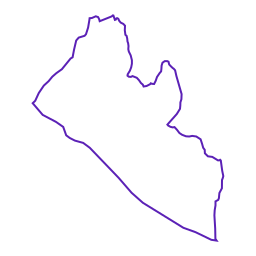 an SVG outline of Liberia
{"feature_id": "LBR", "entity_name": "Liberia", "entity_type": "country or territory", "adm_level": 0, "iso_a3": "LBR", "parent_name": "Africa", "parent_adm1": "", "projection": "natural_earth1", "projection_center": [-9.107, 6.445], "detail": "fine", "context": "isolated", "style": "outline", "palette": "violet", "viewbox_px": 256, "rotation_deg": 0, "n_neighbors": 0, "source": "natural_earth", "source_scale": "50m", "svg_char_len": 1683}
<svg xmlns="http://www.w3.org/2000/svg" viewBox="0 0 256 256"><path d="M32.7,103.2L35.2,100.8L38.8,93.0L43.8,85.6L48.6,81.2L52.3,76.7L56.3,73.2L61.9,69.2L70.6,58.5L72.6,57.3L74.0,49.9L76.2,40.5L78.7,37.6L84.6,35.8L86.0,34.2L88.1,27.6L89.4,19.9L89.6,18.2L91.9,18.0L95.8,16.3L98.1,17.1L99.2,19.3L99.7,21.2L111.7,16.4L112.8,15.4L113.4,15.5L114.9,19.9L115.8,19.6L116.5,18.3L117.3,18.2L118.3,18.8L119.2,20.8L120.7,22.6L123.3,23.9L125.0,25.7L124.8,30.3L125.4,34.8L126.6,35.9L127.2,38.5L127.5,41.5L128.1,43.1L128.5,46.0L128.3,49.2L128.8,51.5L130.7,55.4L131.9,60.2L131.9,63.7L131.2,67.3L129.9,70.7L127.7,74.3L127.5,75.7L128.8,76.7L130.9,76.9L132.5,76.1L136.8,77.8L139.0,80.2L141.0,83.1L142.8,84.6L143.6,86.5L146.6,86.0L150.1,84.2L150.8,83.3L151.9,83.8L154.1,84.0L155.7,80.8L157.0,77.0L159.7,73.0L161.1,71.4L161.4,68.9L161.6,65.6L162.5,62.7L164.8,61.1L167.2,61.1L168.5,61.7L169.2,64.5L171.2,66.6L172.8,68.1L173.7,68.7L175.1,70.3L176.4,76.0L181.6,94.1L181.4,99.2L180.4,102.4L180.3,105.6L180.0,108.8L176.8,114.0L167.4,124.6L168.1,125.5L170.4,126.8L172.7,127.4L174.5,127.1L176.9,129.7L179.4,133.0L182.1,134.8L186.0,136.3L189.3,136.5L192.2,135.9L196.3,136.5L200.6,139.3L202.1,143.9L203.2,147.8L204.7,149.8L204.9,153.3L207.9,156.3L212.3,156.9L218.0,160.4L219.4,160.3L220.1,159.8L220.8,160.5L222.2,170.7L223.3,176.1L222.7,178.3L222.0,180.0L221.9,188.3L219.4,193.0L218.9,198.2L218.2,199.9L215.5,201.4L215.5,205.4L214.7,210.2L214.4,215.3L215.2,228.8L215.4,238.8L216.6,240.6L211.3,239.8L195.6,232.2L183.4,227.8L142.9,202.8L131.6,192.8L118.6,177.8L89.8,147.8L83.2,142.9L74.9,140.6L69.8,138.0L66.2,135.3L63.2,126.9L56.0,121.9L42.7,114.9L32.7,103.2Z" fill="none" stroke="#5b21b6" stroke-width="2"/></svg>